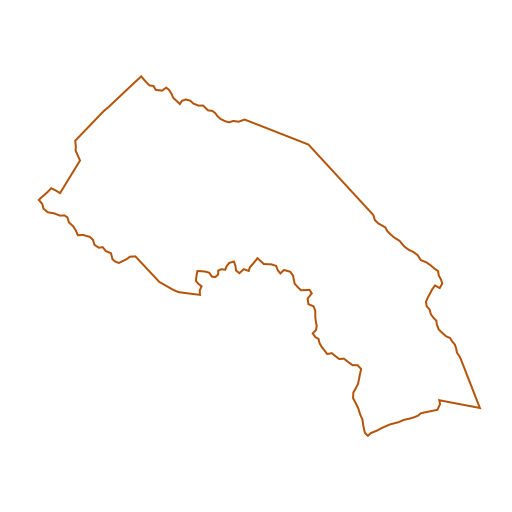 outline of Riachão do Dantas, Sergipe, Brazil, rotated 176°
{"feature_id": "56859067B70270123986281", "entity_name": "Riachão do Dantas", "entity_type": "district", "adm_level": 2, "iso_a3": "BRA", "parent_name": "Brazil", "parent_adm1": "Sergipe", "projection": "mercator", "projection_center": [-37.805, -11.019], "detail": "fine", "context": "isolated", "style": "outline", "palette": "amber", "viewbox_px": 512, "rotation_deg": 176, "n_neighbors": 0, "source": "geoboundaries", "source_scale": "gbopen_adm2", "svg_char_len": 2754}
<svg xmlns="http://www.w3.org/2000/svg" viewBox="0 0 512 512"><g transform="rotate(176 256 256)"><path d="M460.6,314.1L454.3,312.6L448.9,310.0L444.1,309.8L441.4,307.6L440.3,302.6L436.4,298.5L434.0,294.2L432.3,289.1L427.0,289.1L423.7,287.8L420.5,286.7L417.5,283.6L416.4,278.5L412.2,275.2L408.3,275.5L405.5,271.4L400.5,268.9L399.4,262.9L396.9,260.3L393.3,258.6L388.4,260.6L385.0,262.0L381.9,264.1L376.3,264.0L354.3,236.9L349.5,233.7L342.0,228.7L338.8,226.8L335.5,225.3L314.6,221.1L314.6,225.4L312.4,229.6L315.7,232.5L317.7,235.3L316.6,241.1L315.5,245.1L312.0,244.7L308.1,244.1L303.8,242.6L301.5,238.5L297.9,237.9L295.0,240.3L294.7,244.1L291.5,245.2L287.6,244.5L286.0,247.9L283.2,251.0L278.4,252.0L277.2,247.7L277.0,243.0L273.8,240.0L269.1,243.7L264.3,241.6L263.0,245.1L258.6,249.4L254.7,253.7L251.8,250.7L248.7,247.4L241.2,246.6L236.6,244.7L235.3,240.3L232.9,236.9L229.1,240.1L222.9,237.9L220.4,233.8L220.0,230.2L219.4,225.8L216.6,222.1L213.5,218.7L209.0,218.5L205.0,218.5L203.0,214.9L207.5,209.8L207.0,204.2L202.2,201.9L200.7,197.4L201.1,190.6L200.8,185.5L200.3,182.0L201.3,178.0L204.8,174.8L202.4,170.9L199.4,168.9L198.7,164.7L197.0,161.0L194.6,157.5L191.8,153.2L187.2,153.8L184.3,151.1L180.2,147.4L175.6,147.5L171.4,143.8L167.3,140.3L162.3,140.0L159.0,135.9L160.6,130.7L161.9,125.7L163.2,121.2L165.8,116.9L168.4,113.1L169.1,107.4L166.3,101.2L164.5,96.5L163.2,90.8L161.2,85.4L160.9,80.3L160.4,76.2L159.6,71.8L156.9,68.8L153.8,71.3L150.5,72.4L147.1,73.5L142.4,75.7L138.5,77.1L134.2,78.6L129.6,79.5L125.3,80.3L120.0,82.2L113.9,83.1L109.1,84.2L105.6,85.4L102.7,87.5L98.9,88.2L92.4,89.0L85.8,89.9L82.7,95.4L83.2,99.3L43.3,88.8L58.7,138.3L60.0,141.7L62.3,145.6L62.8,149.9L63.8,153.8L66.4,157.3L68.2,160.7L71.9,162.6L75.1,165.8L78.8,169.9L80.4,175.2L80.6,178.9L83.0,181.6L85.6,185.6L86.5,190.3L89.3,194.2L89.6,198.5L87.4,202.8L84.8,206.8L82.6,210.4L79.5,214.1L75.0,211.2L72.1,215.5L73.0,219.4L75.0,223.8L75.5,228.4L78.8,230.9L82.4,234.5L86.1,237.5L92.0,240.5L94.6,245.5L98.6,249.0L103.2,251.5L107.6,255.4L111.7,261.1L116.6,264.6L120.5,268.4L123.3,271.6L124.9,275.4L128.2,277.7L131.8,280.0L134.9,283.5L136.1,288.7L168.1,328.7L176.0,338.6L195.9,363.5L257.8,392.9L264.0,391.2L269.3,392.3L273.6,391.2L277.6,392.7L282.1,395.4L284.8,398.3L286.5,401.2L289.5,403.8L293.7,404.6L298.3,409.8L302.7,410.0L307.7,412.3L310.7,415.5L315.0,417.0L319.0,416.0L321.4,412.9L324.2,416.1L327.5,419.5L329.0,423.8L331.2,427.9L333.9,430.2L338.1,427.5L344.4,428.7L346.4,432.8L350.4,433.6L353.0,436.6L355.5,439.8L358.0,443.2L370.6,433.0L392.9,414.7L397.8,411.2L428.3,383.6L428.1,377.6L428.6,373.7L424.9,363.5L447.1,332.4L451.2,335.3L455.6,337.9L459.5,334.3L463.1,331.5L465.9,329.5L468.7,327.1L465.6,322.8L464.7,318.0L460.6,314.1Z" fill="none" stroke="#b45309" stroke-width="2"/></g></svg>